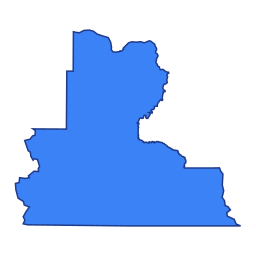 the district of Wasco, Oregon, United States of America
{"feature_id": "52423323B81291349676813", "entity_name": "Wasco", "entity_type": "district", "adm_level": 2, "iso_a3": "USA", "parent_name": "United States of America", "parent_adm1": "Oregon", "projection": "orthographic", "projection_center": [-120.965, 45.263], "detail": "fine", "context": "isolated", "style": "filled", "palette": "blue", "viewbox_px": 256, "rotation_deg": 0, "n_neighbors": 0, "source": "geoboundaries", "source_scale": "gbopen_adm2", "svg_char_len": 4688}
<svg xmlns="http://www.w3.org/2000/svg" viewBox="0 0 256 256"><path d="M23.2,223.8L27.6,224.8L127.6,225.9L155.0,225.9L240.6,225.9L236.1,224.0L234.2,219.3L227.4,216.2L226.8,212.7L230.4,209.9L228.0,206.7L225.2,205.6L224.5,200.7L222.1,197.4L223.7,190.8L222.3,185.1L222.9,174.0L220.8,171.3L219.5,167.9L218.2,167.9L212.9,168.0L209.3,168.0L201.7,168.0L198.0,168.0L192.4,168.0L186.8,168.0L184.4,168.0L184.0,167.6L184.1,167.4L184.1,166.8L184.4,166.6L184.6,166.3L184.4,165.9L184.5,165.3L184.2,165.0L184.4,164.4L184.7,163.9L185.0,163.4L185.2,163.1L185.5,163.0L185.7,162.7L185.8,162.3L185.9,161.9L185.8,161.6L185.8,161.0L185.8,160.6L185.8,160.2L185.6,159.8L185.2,159.5L185.2,159.0L185.0,158.2L185.0,157.8L184.9,157.5L184.5,157.4L184.0,157.1L183.5,156.6L182.8,156.8L182.1,156.4L181.5,155.9L181.0,155.2L180.6,154.9L180.1,154.6L179.6,154.6L179.4,154.6L179.0,154.3L179.1,153.9L179.0,153.4L178.5,153.0L178.3,152.6L178.1,152.3L177.8,152.0L178.1,151.7L178.1,151.2L177.6,150.7L177.1,150.5L176.4,150.4L175.9,150.5L175.3,150.2L174.8,150.4L174.3,150.1L173.7,150.1L173.4,149.9L173.0,149.8L172.7,149.5L172.4,149.3L172.1,149.3L172.0,149.5L171.7,149.2L171.4,148.7L170.8,148.3L170.2,148.2L169.6,147.6L169.2,147.4L168.9,147.5L168.5,147.3L168.2,147.0L167.7,146.8L167.4,146.6L167.2,146.1L166.7,145.5L166.3,145.3L165.7,145.0L165.5,144.7L165.1,144.5L164.7,144.3L164.5,144.0L164.3,143.7L164.0,143.5L163.6,143.4L163.0,143.4L162.5,142.9L162.1,142.6L161.9,142.5L161.1,142.5L160.2,142.2L159.6,142.3L159.3,142.0L158.8,141.8L158.6,142.0L158.3,142.0L158.0,141.7L157.3,141.5L156.4,141.6L156.2,142.1L155.6,142.3L155.1,142.6L154.6,142.7L154.3,142.7L154.2,142.2L154.4,142.0L154.0,141.7L153.6,142.0L153.2,142.3L152.6,142.1L152.6,141.7L152.3,141.6L152.2,141.9L151.7,142.3L151.5,142.1L151.2,142.4L151.0,142.7L150.7,142.5L150.6,142.3L150.3,142.2L150.1,142.2L149.7,142.1L149.7,141.9L149.2,141.9L148.9,142.0L148.9,142.4L149.2,142.6L149.1,142.9L148.7,143.1L148.1,142.9L147.6,142.6L147.0,142.6L146.4,142.2L145.7,142.2L145.0,142.5L144.7,142.3L144.3,142.5L144.2,142.7L143.9,142.6L143.7,142.3L143.4,141.6L143.2,141.4L142.8,141.4L142.6,141.5L142.3,141.1L142.1,140.6L141.3,140.3L140.8,140.1L140.2,140.0L139.7,139.6L139.2,139.4L138.7,139.2L138.8,138.8L138.8,138.3L138.5,138.3L138.0,138.0L138.0,137.7L138.4,137.4L138.2,137.1L138.1,136.7L138.5,136.2L138.6,135.8L138.2,135.5L138.0,135.2L138.2,134.8L138.4,134.6L138.4,134.2L138.2,133.9L137.9,133.3L138.1,132.7L138.3,132.0L138.2,131.3L138.1,130.4L138.2,128.6L138.1,128.0L138.6,127.4L138.4,126.5L138.0,126.2L138.1,125.2L138.5,124.7L138.8,124.3L138.8,123.3L137.9,123.4L137.6,123.5L137.1,123.0L137.4,122.7L138.1,122.1L138.8,120.5L139.7,118.3L140.9,117.9L141.7,118.4L143.0,118.3L143.5,117.2L143.8,116.0L144.3,115.3L145.3,115.3L145.6,115.4L146.0,115.7L145.9,116.2L145.8,116.8L145.8,117.5L146.5,118.4L147.8,118.4L148.7,116.8L149.7,115.2L150.1,114.5L150.1,113.5L149.4,112.8L148.9,112.6L150.4,112.2L151.1,112.9L152.0,113.1L152.3,112.9L152.2,111.7L151.2,110.7L151.2,110.0L152.3,109.5L153.4,109.5L154.3,108.6L154.2,107.9L154.5,106.4L155.9,106.3L157.3,106.2L157.4,105.2L157.4,104.4L157.8,103.3L159.2,101.4L160.0,100.3L160.7,99.6L161.3,100.2L161.8,100.5L162.4,100.3L162.7,99.8L162.4,98.9L162.2,97.8L162.4,96.7L162.6,95.6L162.7,94.5L163.2,93.3L163.3,92.6L163.1,92.0L164.1,91.8L164.9,91.8L165.2,90.9L164.5,90.3L163.2,89.5L162.7,87.6L163.3,86.3L163.5,85.0L164.4,84.2L165.6,84.0L166.4,83.4L167.3,82.5L167.0,81.2L166.8,79.9L166.9,79.2L167.4,77.8L167.6,76.5L167.1,75.7L166.9,74.8L167.5,74.0L168.2,73.5L168.8,73.1L168.5,72.2L167.9,72.1L167.4,72.2L166.5,71.9L166.1,71.7L165.3,71.2L164.5,70.7L164.0,70.1L162.7,69.3L161.5,69.6L161.0,69.7L160.2,69.6L159.7,68.3L159.1,66.7L158.3,66.3L157.5,65.8L157.3,64.5L156.9,63.9L156.2,63.0L155.9,62.0L156.0,61.4L156.3,60.8L156.4,60.2L156.4,59.4L156.8,58.3L157.3,57.4L158.0,56.1L157.9,55.3L157.4,54.2L156.8,53.6L156.0,53.1L155.5,52.3L155.7,51.3L156.4,50.4L156.6,49.2L156.4,48.2L156.2,47.9L155.8,47.1L155.1,45.9L155.0,45.6L154.8,44.3L150.5,41.0L149.0,40.9L145.2,42.5L144.3,42.8L140.6,41.7L136.6,42.2L131.8,41.8L128.6,42.8L123.1,48.3L123.6,49.4L122.8,49.9L121.9,50.7L121.3,51.3L120.1,50.8L119.2,51.7L115.7,52.1L113.2,52.0L111.3,49.7L111.5,46.9L110.7,42.4L108.3,37.6L102.8,36.0L97.2,34.1L93.4,31.2L89.4,30.1L84.0,30.4L79.5,32.7L76.1,32.4L73.4,31.7L73.2,71.2L66.8,71.1L66.4,129.1L32.9,128.9L35.3,130.5L35.0,135.3L32.6,135.9L30.0,139.2L24.7,140.5L27.3,148.2L28.2,150.7L30.3,152.2L30.9,156.4L33.1,160.2L34.5,158.7L37.5,159.6L39.6,166.5L38.3,168.5L38.5,171.5L34.0,171.2L28.4,175.9L29.3,177.7L25.5,178.4L19.6,177.7L19.1,182.6L15.4,183.4L15.9,189.8L18.1,198.2L23.5,201.5L24.2,205.0L29.4,207.0L26.2,211.4L23.2,216.8L24.9,220.1L23.2,223.8Z" fill="#3b82f6" stroke="#1e3a8a" stroke-width="1.5"/></svg>